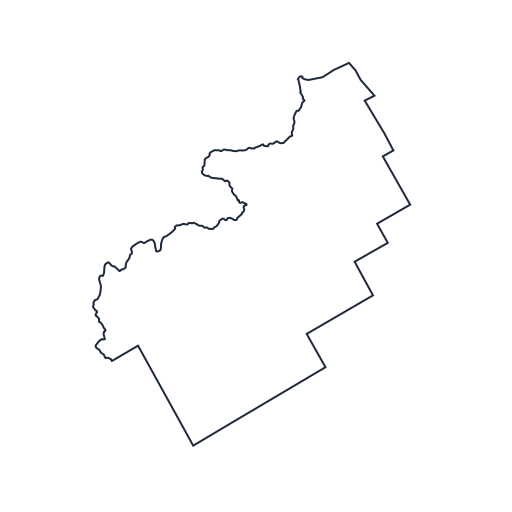 Marinette, Wisconsin, United States of America, rotated 239°
{"feature_id": "52423323B24542313497081", "entity_name": "Marinette", "entity_type": "district", "adm_level": 2, "iso_a3": "USA", "parent_name": "United States of America", "parent_adm1": "Wisconsin", "projection": "mercator", "projection_center": [-87.807, 45.381], "detail": "fine", "context": "isolated", "style": "outline", "palette": "slate", "viewbox_px": 512, "rotation_deg": 239, "n_neighbors": 0, "source": "geoboundaries", "source_scale": "gbopen_adm2", "svg_char_len": 4227}
<svg xmlns="http://www.w3.org/2000/svg" viewBox="0 0 512 512"><g transform="rotate(239 256 256)"><path d="M306.1,104.7L303.4,102.5L300.7,98.0L300.8,95.5L301.1,95.3L300.7,94.1L299.5,92.5L297.9,92.0L297.1,90.5L295.8,90.1L295.1,90.1L292.1,90.4L290.8,91.2L290.1,91.1L289.5,90.7L289.1,89.3L288.7,88.7L288.1,88.1L287.7,88.0L287.1,88.1L286.8,88.5L282.7,89.1L281.2,87.9L280.5,87.6L278.8,88.6L275.8,88.9L272.6,88.5L271.1,88.9L269.8,88.6L269.4,88.0L269.6,87.4L268.7,86.0L267.0,84.9L265.6,84.6L262.6,83.5L263.6,81.2L264.1,81.0L264.3,80.2L263.8,77.5L262.1,73.0L261.5,72.2L261.0,71.9L259.7,71.9L257.9,72.5L256.2,73.4L252.9,73.3L251.0,74.3L249.9,74.7L248.7,74.7L247.9,74.4L246.0,74.5L245.8,74.7L245.6,75.9L244.4,77.2L243.3,77.7L242.6,78.4L240.2,78.5L239.9,108.7L125.8,104.5L125.6,149.6L124.9,258.3L163.1,259.3L162.0,336.0L200.3,337.6L199.4,375.7L221.3,376.4L220.6,414.6L257.0,415.5L276.1,416.0L275.7,428.1L294.7,429.2L333.2,429.2L332.4,440.1L353.0,436.4L363.7,436.9L373.6,435.2L375.4,418.8L375.0,405.1L379.8,391.7L382.5,388.7L384.7,387.4L385.7,388.0L386.8,387.4L387.1,385.5L386.1,383.0L385.6,383.2L378.4,380.9L376.3,379.8L374.4,379.4L374.1,379.1L373.8,378.5L373.2,378.1L371.8,378.3L368.0,378.1L366.7,377.1L365.2,377.5L364.4,377.6L364.0,377.2L363.9,375.3L363.7,375.0L362.1,372.9L360.9,372.0L360.5,371.5L358.7,367.6L358.6,367.1L359.4,365.8L359.4,365.4L356.9,361.4L355.5,359.9L354.3,359.0L353.4,358.6L351.7,358.3L350.8,357.8L349.6,356.7L349.3,356.1L348.4,354.8L346.3,353.9L344.7,352.1L344.2,351.1L343.2,350.1L342.3,349.6L340.9,349.3L340.6,349.0L340.5,348.5L340.9,346.6L338.8,338.0L338.9,337.5L339.6,335.8L340.6,334.6L343.2,333.2L343.7,332.5L343.7,331.1L343.4,329.6L343.5,328.3L344.9,326.4L345.2,324.8L345.0,324.1L344.1,323.4L344.0,322.7L344.4,322.0L346.2,319.7L346.6,319.6L347.7,319.6L348.1,319.4L348.3,319.0L348.3,316.7L349.0,312.5L349.5,310.9L349.0,310.0L350.9,307.0L352.3,306.0L352.4,304.8L352.0,302.8L352.4,300.6L353.9,297.9L354.9,296.7L355.8,294.1L355.8,293.3L358.4,289.8L359.6,288.9L362.0,285.2L362.7,284.8L363.2,284.3L363.9,282.9L363.7,280.7L363.8,280.2L364.4,279.5L365.7,278.7L368.0,275.0L368.3,272.4L368.2,269.9L367.9,269.3L367.3,268.6L366.4,268.4L365.4,266.4L365.7,264.6L365.4,262.6L365.2,261.9L360.1,258.3L359.9,257.8L359.8,256.2L359.7,255.9L357.2,254.8L356.3,253.1L354.9,252.6L353.8,252.6L351.9,253.4L350.5,254.5L349.8,255.3L349.3,256.4L346.0,258.1L341.5,263.9L340.1,266.0L339.9,266.6L336.0,268.0L335.8,268.4L335.8,269.5L335.0,270.5L332.5,271.0L330.3,269.7L329.6,269.7L328.8,269.7L326.0,270.4L324.5,269.1L323.7,268.7L320.6,268.7L317.6,269.7L313.5,269.1L313.4,269.5L313.0,269.9L312.3,270.0L311.4,269.4L310.5,269.3L309.7,269.8L309.2,271.8L308.8,272.4L305.6,274.4L305.1,274.5L304.7,274.1L304.7,273.7L305.2,272.6L305.0,271.4L304.3,270.5L302.4,270.1L301.7,269.7L300.9,268.9L300.5,268.1L300.4,267.6L300.2,266.6L299.8,265.8L299.3,265.6L298.4,260.7L298.3,259.8L297.1,258.3L297.2,257.2L297.8,256.3L298.6,255.6L300.6,254.6L302.2,253.3L303.0,251.1L302.1,249.7L302.1,249.3L302.3,248.5L304.8,247.2L305.3,246.4L305.2,243.8L305.0,242.9L304.6,242.3L303.2,240.9L301.9,237.6L302.0,234.9L301.4,233.4L301.5,232.8L303.5,229.7L305.9,228.5L306.7,226.6L309.5,225.5L310.4,224.3L310.6,223.6L312.2,222.3L314.1,221.4L316.7,219.6L316.7,218.7L317.1,217.9L318.9,215.6L318.9,215.0L318.4,213.9L318.6,212.9L321.0,210.2L321.2,209.6L321.4,207.4L321.8,206.0L322.8,204.4L323.0,203.7L322.8,201.4L321.1,200.8L320.0,197.3L319.4,192.7L319.2,189.7L319.3,188.4L319.7,187.2L319.7,186.6L318.5,184.3L316.4,182.0L314.9,180.5L312.2,178.9L310.6,177.5L310.4,177.2L310.2,175.8L310.8,173.4L311.6,173.0L316.4,174.6L318.8,175.7L321.5,176.0L323.1,175.6L323.6,175.1L324.2,174.3L324.4,173.4L324.7,170.3L324.6,167.4L324.8,166.8L325.2,166.3L326.6,165.5L327.8,164.3L328.1,160.1L327.7,155.0L326.7,152.6L323.2,151.7L322.0,150.7L321.9,149.3L321.7,148.6L319.3,146.2L317.5,141.9L315.3,139.6L313.9,138.8L313.2,138.1L313.0,135.4L313.6,134.1L313.7,133.3L313.3,132.5L313.3,131.5L313.5,131.2L319.7,129.5L321.1,127.9L322.2,127.3L326.4,126.5L326.6,126.2L326.7,125.5L326.7,123.3L326.3,122.1L324.5,120.3L320.1,117.3L319.2,116.4L317.9,114.7L317.9,114.4L319.1,113.0L319.1,112.3L318.9,111.5L317.6,110.0L316.9,109.5L310.9,107.9L309.1,107.0L306.1,104.7Z" fill="none" stroke="#1e293b" stroke-width="2"/></g></svg>